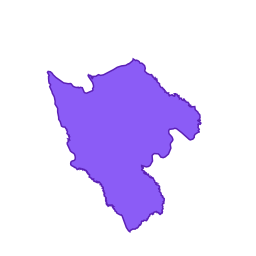 Lumphat, Rôtânôkiri, Cambodia (Equal Earth projection), rotated 328°
{"feature_id": "14789045B80217512950075", "entity_name": "Lumphat", "entity_type": "district", "adm_level": 2, "iso_a3": "KHM", "parent_name": "Cambodia", "parent_adm1": "Rôtânôkiri", "projection": "equal_earth", "projection_center": [107.076, 13.435], "detail": "fine", "context": "isolated", "style": "filled", "palette": "violet", "viewbox_px": 256, "rotation_deg": 328, "n_neighbors": 0, "source": "geoboundaries", "source_scale": "gbopen_adm2", "svg_char_len": 5853}
<svg xmlns="http://www.w3.org/2000/svg" viewBox="0 0 256 256"><g transform="rotate(328 128 128)"><path d="M186.2,169.1L186.4,168.6L186.2,167.5L187.7,166.9L187.7,164.5L188.9,163.3L189.3,162.0L189.9,161.9L191.2,163.1L192.4,162.5L192.4,161.8L191.1,158.8L191.9,158.5L192.7,159.8L193.3,159.8L193.5,158.1L194.5,157.5L195.6,155.4L195.9,154.5L195.4,152.9L195.7,151.6L194.7,148.1L196.0,145.2L194.0,144.2L193.0,142.9L192.8,143.6L192.0,142.9L191.4,141.0L191.6,140.9L192.3,141.6L192.8,141.5L192.0,140.5L192.6,139.6L192.5,138.0L191.1,136.9L191.2,135.6L190.2,134.6L190.9,133.9L190.9,133.3L190.7,133.0L189.8,133.6L189.0,133.4L188.6,132.1L189.1,131.2L188.2,130.4L187.2,130.5L187.5,130.0L187.3,128.5L187.8,128.6L188.4,127.5L187.2,126.9L187.4,125.5L187.0,125.3L186.6,124.2L185.7,123.7L185.9,124.7L184.9,124.8L184.8,125.5L184.4,125.7L183.4,124.6L183.4,123.6L182.9,123.6L182.4,122.9L180.1,122.6L180.1,122.1L180.6,121.4L180.3,120.1L180.9,119.7L179.4,118.9L179.4,117.7L178.4,117.0L179.2,116.1L179.0,115.2L179.1,114.5L178.4,114.1L178.7,113.4L178.5,111.8L177.9,111.6L177.4,110.6L177.5,108.3L178.2,107.2L177.1,104.1L177.6,103.3L177.5,102.3L178.0,102.7L178.3,101.8L177.4,101.9L177.7,100.6L176.9,101.2L176.4,100.3L176.8,98.9L176.1,97.9L176.5,97.2L176.0,96.5L176.4,95.8L176.2,95.1L175.1,94.6L174.1,93.5L173.6,92.3L173.1,92.1L173.0,90.8L172.5,89.8L172.4,88.5L174.3,86.5L175.1,83.8L174.3,80.8L173.9,80.2L172.8,79.6L172.5,79.0L172.7,77.7L172.0,76.0L171.0,74.9L170.3,74.9L169.0,72.2L168.3,73.0L167.1,73.5L162.6,74.1L162.4,73.7L159.3,73.7L155.4,71.9L151.1,70.8L146.5,70.8L135.4,69.9L132.7,68.9L131.2,67.1L128.1,67.1L125.3,65.5L124.9,66.7L124.0,67.1L123.7,66.0L124.0,65.7L124.3,63.9L123.5,62.9L122.6,63.2L122.5,62.0L121.9,62.5L121.8,64.0L122.1,70.5L121.4,73.3L120.4,75.1L119.0,75.7L118.4,77.2L117.6,77.5L111.3,76.5L110.0,75.2L109.8,74.4L110.6,69.6L109.1,68.2L107.7,68.0L107.3,66.9L106.4,66.8L104.8,65.4L103.6,63.7L103.2,60.4L102.9,59.9L100.7,58.7L97.3,55.6L93.6,46.8L92.7,43.2L92.7,41.4L92.0,39.2L90.3,37.7L89.2,38.1L88.9,41.8L87.8,42.3L87.7,42.9L87.2,43.3L85.6,46.4L84.9,48.2L85.4,49.9L85.1,50.5L83.5,51.4L82.8,57.0L82.3,58.1L82.0,62.5L80.4,66.7L78.8,69.0L78.8,74.0L76.8,77.2L75.0,81.9L73.8,84.0L73.9,86.7L72.6,91.2L73.5,92.7L75.1,93.9L75.0,95.3L75.4,96.6L75.3,96.9L74.8,97.0L74.8,98.9L73.3,100.4L73.6,101.1L73.7,102.5L74.1,102.4L74.3,102.9L74.1,103.3L73.6,103.2L73.6,103.8L73.3,104.0L73.8,104.5L72.3,105.8L72.2,106.8L71.3,105.7L71.3,107.0L70.7,106.9L70.4,107.9L68.9,108.1L68.0,109.3L67.0,116.9L67.4,118.4L68.6,120.9L68.7,122.0L68.3,123.7L67.5,125.4L66.5,126.6L65.3,127.0L63.0,126.4L61.8,126.5L60.7,127.5L60.0,128.9L60.5,130.5L61.7,132.3L61.6,133.0L62.6,133.7L62.9,136.3L64.1,136.3L64.4,136.8L64.7,136.2L65.3,136.3L65.9,136.9L65.8,137.4L66.1,137.9L66.5,137.7L66.5,138.1L67.7,138.6L67.5,139.7L68.6,139.6L68.7,140.3L69.0,140.2L69.2,140.6L69.0,140.9L69.2,141.6L69.7,141.6L69.8,142.1L70.1,142.2L69.7,143.6L70.2,143.6L70.2,144.6L69.7,144.9L69.7,145.6L69.9,146.4L70.4,146.4L70.6,147.4L69.1,149.0L69.9,150.0L69.8,150.4L70.4,151.4L70.2,152.0L70.6,152.3L70.5,152.8L71.5,153.0L71.0,153.4L71.4,154.3L70.9,155.0L72.2,156.7L72.4,156.4L72.9,156.5L72.4,157.1L72.7,157.6L72.9,157.2L73.4,157.2L73.6,157.4L73.5,158.0L74.0,158.0L74.1,158.4L74.4,158.1L75.1,158.7L75.0,159.0L75.2,160.1L74.5,161.1L75.5,161.4L75.5,162.1L74.7,162.9L75.0,163.4L75.0,164.0L75.4,164.3L75.4,165.4L75.1,165.8L74.6,165.7L74.9,166.2L74.7,166.8L73.5,167.9L73.6,168.4L73.9,168.0L74.2,168.4L73.6,169.1L73.8,169.3L73.7,170.6L73.4,170.4L72.9,171.6L72.5,171.5L71.9,173.2L72.3,173.6L72.2,174.7L72.5,175.5L72.1,176.3L71.6,176.2L71.5,177.0L70.9,177.2L71.1,178.0L70.6,178.0L70.3,178.6L70.6,179.2L70.0,179.9L70.3,180.5L70.0,181.1L69.5,180.8L69.2,181.7L69.7,182.1L69.7,182.9L70.0,182.6L70.1,183.6L71.0,183.2L71.2,183.6L71.1,183.9L71.9,183.8L72.3,184.9L73.0,184.4L73.9,185.1L74.0,186.1L73.6,186.0L73.2,186.5L73.8,187.0L73.1,187.0L72.9,187.8L73.5,189.0L73.1,189.3L73.4,189.9L73.4,190.7L73.0,191.5L73.4,191.9L73.8,193.2L73.4,193.8L73.6,194.5L75.0,197.0L75.9,198.2L76.2,198.1L76.5,199.2L73.9,211.5L74.0,215.4L74.6,217.0L75.7,216.0L77.0,216.3L78.1,216.1L80.7,217.6L82.1,217.3L82.9,217.8L84.6,217.3L85.2,216.8L86.2,216.7L86.5,216.2L86.9,216.8L87.3,216.8L89.1,215.6L89.4,214.8L90.3,214.3L91.6,215.1L92.6,214.7L94.6,216.4L96.0,215.8L96.0,215.3L96.8,215.4L98.7,214.1L99.9,214.0L100.7,212.9L101.0,212.9L102.4,213.2L102.9,213.7L103.1,214.4L103.6,214.3L103.7,213.6L104.2,214.1L104.5,213.6L105.7,213.2L106.8,213.8L107.7,213.7L107.9,214.0L107.8,215.1L108.4,215.1L108.7,215.4L108.8,216.1L109.2,216.3L109.0,217.1L109.4,218.3L110.1,218.3L110.2,217.9L110.6,217.9L112.0,218.2L112.4,217.7L112.3,217.4L112.9,217.2L113.1,216.1L114.1,215.1L114.9,215.1L115.2,213.6L116.0,213.0L116.1,211.7L117.5,210.5L118.4,210.9L118.9,210.2L118.8,209.2L119.9,209.1L121.3,207.0L120.6,205.0L121.2,204.7L121.3,204.0L121.2,203.6L120.8,203.4L120.5,202.6L121.0,202.0L121.5,200.3L121.0,198.4L121.7,198.0L122.5,196.9L122.5,196.4L121.8,196.3L121.9,195.6L122.8,195.6L123.8,194.2L123.3,192.3L122.1,191.2L121.9,190.3L122.4,189.7L123.3,190.1L122.0,188.2L122.6,186.9L122.4,186.4L122.8,183.6L122.3,183.1L121.9,182.0L121.7,182.9L120.6,181.7L120.3,180.3L120.7,178.1L119.7,178.2L119.3,177.1L118.4,176.3L118.8,176.0L119.7,176.4L119.7,175.8L119.1,174.8L117.8,175.0L117.6,174.4L119.0,173.8L118.9,173.1L117.7,171.5L117.6,170.8L117.9,170.3L119.3,170.3L119.9,169.9L119.8,169.3L119.2,168.8L119.0,168.2L119.7,167.0L122.9,170.7L125.0,171.5L127.0,171.4L131.3,169.0L133.8,164.2L135.0,163.7L136.7,163.6L139.9,165.9L140.3,167.3L140.4,170.1L142.1,171.8L144.2,172.2L148.5,171.5L153.7,167.8L155.0,164.6L156.0,163.5L159.2,162.3L160.0,161.5L160.4,159.9L160.5,158.5L159.8,154.9L159.9,154.1L161.0,151.9L162.5,151.1L165.9,152.7L167.4,153.0L168.8,154.2L171.1,160.5L173.9,170.2L174.5,171.1L177.1,171.8L179.2,171.1L180.1,169.7L181.5,168.9L185.1,168.8L186.2,169.1Z" fill="#8b5cf6" stroke="#5b21b6" stroke-width="1.5"/></g></svg>